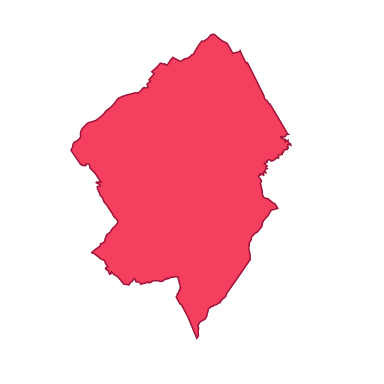 Micesti, Arges, Romania, rotated 237°
{"feature_id": "2599482B37753295637725", "entity_name": "Micesti", "entity_type": "district", "adm_level": 2, "iso_a3": "ROU", "parent_name": "Romania", "parent_adm1": "Arges", "projection": "equal_earth", "projection_center": [24.848, 44.975], "detail": "fine", "context": "isolated", "style": "filled", "palette": "rose", "viewbox_px": 384, "rotation_deg": 237, "n_neighbors": 0, "source": "geoboundaries", "source_scale": "gbopen_adm2", "svg_char_len": 6027}
<svg xmlns="http://www.w3.org/2000/svg" viewBox="0 0 384 384"><g transform="rotate(237 192 192)"><path d="M307.1,266.5L306.8,264.8L306.6,263.9L306.6,261.5L306.7,260.1L307.6,259.1L307.8,256.8L307.7,255.7L307.7,253.5L315.4,249.2L314.3,246.6L314.6,246.5L311.8,240.0L313.3,239.4L314.4,238.8L314.0,238.4L315.4,237.4L317.3,235.8L315.8,230.4L314.8,223.7L311.8,224.7L309.5,216.9L307.5,217.7L307.4,217.4L306.9,216.8L307.2,216.4L307.3,215.6L307.3,213.7L307.2,213.4L306.7,213.0L304.9,212.4L303.8,212.2L304.4,209.7L305.7,208.8L305.8,206.9L304.8,204.3L304.4,201.6L304.6,200.5L305.9,198.9L308.9,190.1L310.1,185.5L310.7,181.2L310.1,179.1L308.6,175.3L307.3,170.4L306.9,164.2L305.9,161.5L304.9,157.4L304.4,150.3L305.4,146.3L306.4,143.7L306.6,141.3L305.3,135.7L303.8,132.3L301.7,130.2L300.4,129.4L299.3,129.1L298.0,126.8L297.5,122.5L297.9,120.5L297.1,118.6L296.3,117.7L295.0,116.8L292.9,113.2L275.9,113.6L275.9,114.2L274.7,114.2L273.9,114.6L272.0,117.1L272.0,117.4L272.1,117.6L272.5,117.8L273.2,117.8L273.2,118.0L272.7,118.9L272.5,119.6L272.1,120.2L271.0,120.6L270.3,120.7L269.2,120.3L268.6,119.8L267.5,119.5L261.1,120.8L259.8,121.0L250.7,121.0L249.8,121.2L249.9,120.7L251.2,119.2L252.1,117.7L252.2,116.8L252.1,116.7L251.6,117.0L251.3,117.0L250.9,117.4L250.3,117.5L249.6,118.3L249.1,118.5L248.2,118.8L248.0,118.7L247.0,118.1L247.0,117.9L247.5,117.6L247.6,117.1L247.9,116.6L247.9,115.2L245.6,114.4L242.8,113.9L241.6,114.0L240.7,113.8L239.1,113.2L237.2,113.6L235.8,113.7L233.8,113.4L231.6,112.8L228.1,113.3L224.9,113.4L216.8,113.4L215.1,113.1L214.1,113.1L209.0,114.1L207.5,113.6L206.2,111.7L205.5,110.1L204.7,105.6L204.2,104.1L202.7,101.2L202.8,99.9L202.6,97.2L200.0,93.6L198.5,92.1L197.9,90.9L197.8,89.1L198.5,87.3L196.7,85.4L196.5,79.9L196.0,76.0L195.8,74.9L195.6,74.7L194.1,76.4L193.4,76.6L192.6,76.7L190.3,77.5L189.0,78.2L187.6,78.4L186.1,78.9L185.4,79.2L182.7,80.9L182.1,81.2L181.1,81.1L179.4,80.6L178.5,80.5L177.2,80.5L176.5,80.8L175.0,80.7L175.6,78.6L174.4,78.3L174.5,78.1L174.6,77.7L174.3,77.6L174.1,77.6L172.1,78.7L171.8,79.0L171.3,79.1L171.6,78.9L170.8,78.6L168.2,78.2L168.5,78.8L167.5,79.3L168.1,80.1L169.0,81.0L165.2,81.6L163.6,82.5L162.1,83.2L161.6,83.4L157.9,84.0L152.0,84.6L148.4,88.5L149.1,89.9L149.5,91.2L149.7,93.1L150.1,94.7L150.7,95.2L150.4,96.7L146.9,96.2L146.0,97.8L145.1,98.5L144.0,98.8L142.3,98.9L142.4,99.9L140.9,103.3L140.8,104.8L140.2,106.2L139.9,106.5L139.1,106.5L139.0,107.7L138.7,109.0L138.9,109.5L138.7,110.3L138.6,111.3L138.1,112.1L136.6,114.3L136.2,115.2L135.8,115.8L134.6,116.3L134.0,117.1L133.3,118.5L133.2,119.6L133.5,120.3L133.5,121.1L133.0,122.6L133.2,123.0L133.5,123.2L133.7,123.6L133.3,123.9L132.7,123.8L132.4,124.3L131.9,126.1L132.1,127.4L131.5,128.2L131.4,128.9L130.8,129.8L130.4,131.5L128.7,133.5L128.0,133.9L126.6,133.2L124.5,132.6L122.7,131.8L120.0,131.1L119.2,131.0L118.0,130.1L118.2,129.8L116.3,128.2L116.3,127.4L115.7,127.0L115.1,126.1L114.7,125.0L114.7,124.3L113.4,123.5L113.1,122.9L112.9,122.1L112.5,121.5L104.4,121.0L103.7,121.8L89.1,120.5L66.7,116.3L66.9,116.9L67.8,119.0L72.4,121.6L73.0,122.4L74.4,123.6L75.7,123.8L76.5,124.1L77.1,124.8L78.4,127.8L78.9,128.8L78.7,129.5L78.4,130.2L78.5,131.5L78.2,133.2L78.6,134.4L79.8,136.8L80.5,137.5L82.2,138.8L82.8,140.1L83.3,140.4L84.6,141.7L85.0,142.1L85.3,146.4L84.8,147.2L84.8,148.5L84.7,149.7L84.5,150.5L84.2,151.3L84.2,152.3L84.4,153.3L84.4,154.5L83.8,155.1L83.9,155.4L84.4,156.2L84.9,157.1L84.9,157.5L85.7,159.8L85.7,161.7L86.0,163.1L86.8,164.4L87.8,165.4L88.4,166.7L94.3,181.5L103.4,203.4L103.6,204.0L104.1,204.5L104.9,204.7L105.9,205.3L106.9,206.1L107.6,206.5L108.5,206.6L109.9,207.6L112.1,208.0L114.5,209.4L116.0,211.0L118.2,212.3L118.5,212.8L119.0,214.6L120.3,216.2L121.6,217.2L122.2,218.6L122.5,220.2L122.9,221.5L122.9,225.7L123.7,227.2L124.9,231.7L127.4,233.9L129.0,236.4L129.7,238.9L130.1,239.5L130.3,240.4L130.4,242.3L130.8,243.2L132.7,246.5L133.4,248.2L133.3,249.7L132.7,251.1L132.3,252.9L131.6,254.6L131.6,255.1L133.9,255.1L136.5,255.2L137.2,255.0L138.4,254.2L144.8,252.1L147.8,249.3L151.2,249.5L153.8,251.0L157.0,252.3L162.0,254.1L162.5,254.8L163.0,256.0L164.4,256.6L167.0,256.2L168.4,256.1L168.4,256.4L168.7,256.6L169.0,256.7L169.4,256.5L169.5,256.8L169.3,257.2L169.5,258.2L169.7,258.4L168.9,258.7L169.6,259.9L167.0,261.2L167.2,261.5L168.9,262.0L169.5,262.4L169.6,262.9L169.4,263.3L167.9,264.2L167.8,264.5L168.6,264.4L169.1,264.4L170.2,264.8L170.5,265.2L170.9,265.9L170.9,266.6L170.8,267.3L170.7,267.7L170.7,267.9L172.3,267.3L172.6,267.5L172.9,268.1L172.8,269.2L174.1,268.7L176.5,268.3L176.2,269.2L176.1,269.7L176.4,270.0L176.0,271.1L176.5,271.6L177.4,271.5L177.5,272.1L177.2,273.6L176.6,274.9L176.2,275.2L175.2,275.1L174.7,275.4L174.5,276.2L174.3,277.2L174.1,277.8L174.1,278.7L174.3,279.3L174.3,280.7L174.4,281.8L174.3,282.2L173.5,282.8L173.5,283.2L173.8,283.7L174.5,284.0L174.9,284.0L175.4,284.2L175.9,284.7L175.9,285.1L175.0,286.3L175.1,287.2L175.0,287.5L174.4,288.0L174.6,288.4L175.6,289.0L175.9,289.4L175.8,289.7L175.5,290.1L176.3,291.3L176.5,291.2L176.5,291.4L176.8,291.8L177.0,292.7L176.8,293.1L176.5,293.4L176.3,293.8L176.1,294.5L175.8,295.1L175.8,295.3L176.6,295.9L176.5,296.8L176.8,296.9L177.5,296.8L177.8,296.4L178.2,297.3L178.7,297.6L179.6,298.0L179.0,299.3L177.9,299.9L177.3,300.3L178.6,300.9L179.5,300.1L180.9,300.0L182.5,300.2L183.1,300.7L183.1,298.9L183.5,297.8L183.7,297.5L184.6,299.0L189.2,296.1L189.8,296.1L190.1,296.5L189.8,297.2L189.1,297.1L189.0,297.5L189.0,298.0L188.4,298.4L188.3,299.1L187.6,300.5L188.6,301.7L188.6,302.5L187.9,304.3L189.3,303.9L213.6,305.0L223.5,305.3L223.8,304.7L224.4,304.6L227.0,304.7L227.7,304.6L228.2,304.5L229.1,304.0L229.8,303.8L230.6,303.8L231.6,303.9L233.7,304.8L244.5,305.9L244.9,306.1L254.0,307.1L270.3,308.9L270.5,307.6L278.2,308.4L283.2,309.1L284.3,309.3L284.0,308.8L284.0,308.2L284.2,307.1L285.1,304.4L285.6,303.3L286.1,301.6L287.9,301.9L297.1,302.4L298.1,302.2L299.1,301.5L300.6,300.6L302.4,299.7L304.2,298.9L312.4,296.4L313.5,293.5L312.1,288.8L312.1,284.0L313.2,282.4L312.0,278.8L307.8,269.9L306.7,268.1L307.1,266.5Z" fill="#f43f5e" stroke="#9f1239" stroke-width="1.5"/></g></svg>